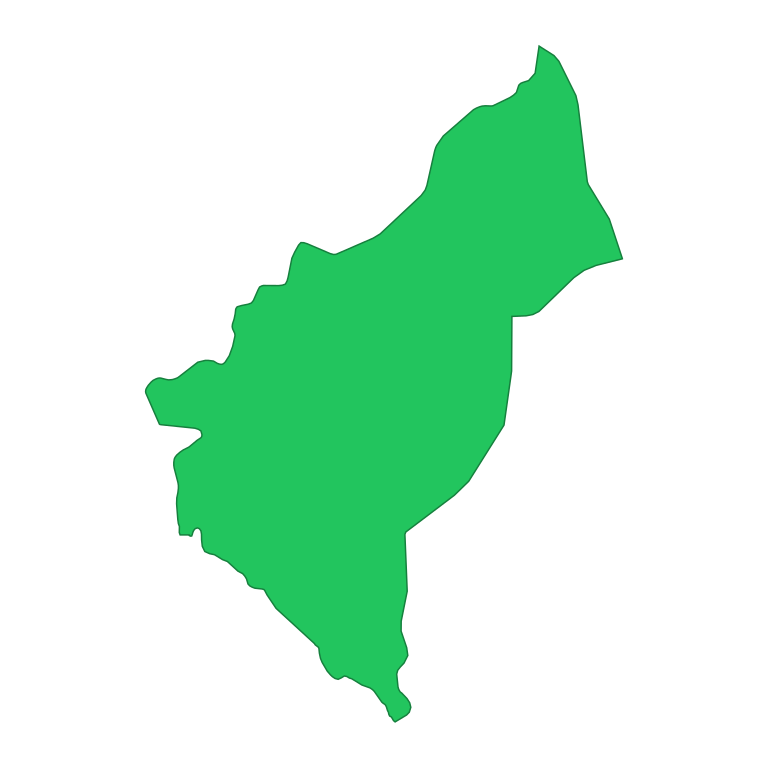 an SVG outline of Dosso
{"feature_id": "NER-93", "entity_name": "Dosso", "entity_type": "Department", "adm_level": 1, "iso_a3": "NER", "parent_name": "Niger", "parent_adm1": "", "projection": "albers", "projection_center": [3.221, 13.177], "detail": "fine", "context": "isolated", "style": "filled", "palette": "green", "viewbox_px": 768, "rotation_deg": 0, "n_neighbors": 0, "source": "natural_earth", "source_scale": "10m", "svg_char_len": 2916}
<svg xmlns="http://www.w3.org/2000/svg" viewBox="0 0 768 768"><path d="M510.9,376.2L504.0,425.1L468.7,481.3L454.4,495.2L405.8,532.0L404.9,534.4L407.2,591.2L401.2,621.2L401.1,631.1L406.7,647.7L407.8,655.5L404.0,663.1L400.2,667.1L397.7,670.3L396.7,674.1L398.0,687.0L398.7,689.3L400.0,691.7L400.8,692.4L401.7,693.0L407.0,698.6L409.7,702.8L410.8,707.3L409.3,712.2L406.6,715.0L395.1,721.9L393.5,720.6L391.4,717.0L389.6,716.0L388.8,714.2L388.4,712.2L387.5,710.5L386.4,706.9L385.5,705.1L384.6,704.2L383.3,703.4L381.8,702.1L374.3,691.4L372.5,689.6L370.0,687.9L361.9,685.0L351.8,678.8L349.3,678.0L346.9,676.5L344.3,676.0L341.2,677.9L338.2,679.3L335.1,678.5L332.4,676.7L330.5,674.9L327.3,671.2L322.2,662.5L320.5,658.4L319.4,653.2L318.9,648.3L318.2,647.1L315.2,644.8L314.5,643.6L276.1,608.4L267.1,595.0L264.9,590.8L264.1,589.6L262.2,589.0L254.9,588.2L252.2,587.2L249.8,585.9L248.0,584.0L246.5,578.9L244.8,576.1L242.6,573.6L238.0,571.2L227.4,561.5L222.5,559.6L214.5,554.7L209.7,553.7L204.8,551.5L202.3,546.3L201.6,539.9L201.5,534.1L200.9,530.8L199.4,528.7L197.4,527.9L195.3,528.6L194.3,529.6L193.4,531.1L192.7,532.8L192.4,534.1L191.7,536.0L190.4,536.1L189.2,535.5L189.1,534.9L180.1,534.9L179.3,532.6L179.4,526.4L178.4,523.7L177.8,519.4L176.6,503.8L176.8,497.9L177.9,492.6L178.4,488.3L178.4,485.4L178.0,482.7L174.2,468.0L173.8,465.3L173.8,462.4L174.2,459.6L174.5,458.4L175.4,456.8L176.8,455.0L180.0,452.2L183.3,449.9L188.5,447.3L189.4,446.7L197.1,440.3L200.9,437.8L201.7,436.6L202.0,434.8L200.9,430.9L198.4,429.3L194.9,428.2L161.1,424.7L160.0,424.5L159.4,424.1L145.9,393.2L145.6,391.8L145.7,390.6L146.0,389.2L146.9,387.5L148.3,385.3L151.1,382.1L153.2,380.3L156.2,378.8L158.0,378.2L159.6,378.0L160.9,378.1L165.9,379.4L168.6,379.9L171.3,379.7L172.7,379.5L175.0,378.8L177.3,377.9L178.3,377.3L197.8,362.2L205.3,360.4L208.2,360.4L212.9,361.0L213.5,361.1L214.4,361.6L217.2,363.3L219.5,364.1L220.9,364.3L222.2,364.3L223.7,363.5L225.2,362.1L229.3,355.7L232.7,346.3L235.0,335.8L234.9,334.5L234.7,333.3L232.7,329.0L232.4,327.8L232.2,326.6L232.5,324.0L234.1,319.1L235.2,313.8L235.7,309.2L236.3,308.0L237.2,306.8L241.7,305.5L248.2,304.2L251.4,303.0L253.4,300.5L258.1,289.8L259.6,287.0L261.8,285.9L263.3,285.5L278.6,285.6L282.3,285.2L285.4,284.1L287.1,280.9L288.1,277.3L291.9,258.2L294.7,252.1L298.6,245.1L300.9,242.6L303.8,242.7L307.3,243.8L330.2,253.6L333.6,254.5L336.1,254.3L373.1,238.2L380.2,233.9L421.1,195.6L425.2,190.1L426.9,185.5L434.7,150.8L435.8,147.4L436.8,145.3L443.3,136.0L473.5,109.7L476.6,108.0L479.9,106.7L482.1,106.1L485.3,105.8L491.2,106.0L492.9,105.8L509.9,97.6L513.5,95.2L516.4,92.5L518.8,85.2L520.6,83.4L522.7,82.5L528.6,80.6L535.1,73.3L539.1,46.1L554.0,55.6L558.9,61.3L575.9,95.6L578.0,104.8L587.3,181.7L588.3,184.6L609.3,219.1L622.4,258.7L622.4,258.8L596.1,265.4L584.1,270.3L573.8,277.7L539.0,311.4L532.9,314.5L526.2,315.8L511.9,316.4L511.6,371.0L510.9,376.2Z" fill="#22c55e" stroke="#15803d" stroke-width="1.5"/></svg>